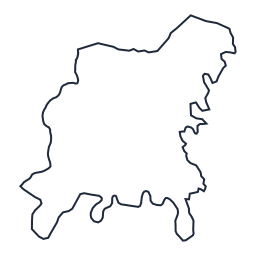 Paso de los Toros, Tacuarembó, Uruguay
{"feature_id": "84410073B41725704042311", "entity_name": "Paso de los Toros", "entity_type": "district", "adm_level": 2, "iso_a3": "URY", "parent_name": "Uruguay", "parent_adm1": "Tacuarembó", "projection": "albers", "projection_center": [-56.519, -32.72], "detail": "fine", "context": "isolated", "style": "outline", "palette": "slate", "viewbox_px": 256, "rotation_deg": 0, "n_neighbors": 0, "source": "geoboundaries", "source_scale": "gbopen_adm2", "svg_char_len": 3298}
<svg xmlns="http://www.w3.org/2000/svg" viewBox="0 0 256 256"><path d="M78.0,49.4L77.9,50.2L78.1,51.3L78.0,52.3L78.2,52.6L78.0,53.1L78.2,53.9L78.1,54.6L77.7,55.3L77.7,56.6L77.1,57.7L76.9,58.7L76.7,59.0L76.4,59.2L76.0,59.8L75.8,60.2L75.9,60.5L76.0,61.0L75.9,61.6L75.7,62.8L75.6,63.9L75.4,64.4L75.2,66.6L75.2,67.1L75.3,67.4L75.3,68.1L75.1,69.0L75.3,70.0L75.1,71.1L75.1,72.0L75.3,72.4L76.7,75.1L77.7,77.8L78.0,79.4L78.2,80.1L77.9,81.6L77.7,82.4L77.3,83.1L76.8,83.4L76.2,83.6L75.3,83.5L73.9,83.0L72.6,82.8L69.6,83.1L68.3,83.1L67.4,83.5L66.1,84.3L64.7,84.8L63.4,85.4L62.6,86.1L61.8,87.1L60.9,89.3L60.2,92.1L59.2,94.3L57.9,95.9L56.1,97.3L53.3,98.3L50.5,100.2L48.5,102.4L46.7,104.9L45.7,107.3L44.0,110.1L42.9,112.7L42.5,116.0L43.1,120.7L44.2,124.1L46.5,126.1L48.9,127.4L50.1,129.5L50.2,132.2L51.1,135.9L51.1,139.4L50.7,142.8L48.9,147.0L48.3,150.5L47.9,153.8L48.3,156.8L49.2,159.9L50.2,162.8L50.5,166.4L48.8,168.2L45.6,170.1L42.6,171.5L39.1,172.3L35.2,172.9L32.2,174.4L30.9,176.9L29.4,178.8L26.3,180.6L23.8,182.3L22.4,184.2L20.4,186.2L23.3,189.1L35.2,197.2L40.3,199.7L41.5,203.5L39.8,205.8L35.0,210.4L32.4,214.4L32.0,220.5L31.9,229.1L39.1,236.7L43.5,238.9L48.2,237.8L51.2,232.3L56.9,222.5L58.8,217.2L63.0,212.4L68.8,211.0L72.3,208.7L80.3,194.1L84.2,193.2L91.1,194.6L96.0,195.3L99.3,195.9L101.4,197.5L101.8,198.6L101.7,200.0L99.6,202.2L95.9,204.5L92.7,208.1L90.8,212.8L90.7,215.3L91.3,218.0L93.9,221.2L98.1,222.4L101.0,220.7L102.7,217.8L103.2,211.5L104.1,209.6L105.3,208.4L110.2,206.3L112.1,203.2L112.2,198.7L112.5,197.1L113.3,196.0L114.4,195.6L115.6,195.8L116.3,196.7L116.9,198.7L118.4,202.7L121.1,204.3L123.1,204.6L134.9,206.4L135.3,206.4L138.2,206.9L140.0,206.0L140.2,205.5L141.1,203.1L141.8,196.9L143.0,193.2L144.1,191.7L145.7,191.1L147.1,191.3L148.4,191.9L150.3,195.8L150.6,200.7L152.7,203.6L156.9,205.0L160.7,205.3L162.6,203.9L164.1,200.3L165.0,198.8L165.9,198.0L167.3,198.0L169.6,199.1L173.3,202.6L177.6,209.1L178.0,211.7L177.8,214.2L175.3,220.9L175.6,225.8L175.6,230.2L175.6,231.0L176.7,233.7L179.9,237.1L182.9,240.6L185.8,240.3L192.9,235.3L193.6,233.5L193.5,232.6L193.2,230.5L193.4,223.7L193.5,220.7L191.7,216.8L189.7,213.8L189.2,212.9L188.9,209.8L189.0,208.7L185.5,199.1L189.0,199.3L189.8,193.7L194.1,192.8L197.9,191.9L198.6,188.5L200.7,189.2L203.9,191.2L205.0,189.2L205.8,186.4L203.4,183.8L204.2,179.2L201.2,176.1L200.6,172.2L196.2,165.4L190.5,163.1L187.4,160.1L186.2,156.0L186.7,153.5L184.3,151.2L182.6,147.2L185.4,144.9L186.0,143.7L182.5,140.7L180.4,136.3L179.7,131.9L182.4,131.5L184.3,131.6L185.7,127.5L187.6,126.5L191.4,127.6L193.0,129.2L194.9,133.2L196.6,133.7L197.7,131.8L197.5,128.3L197.5,125.9L200.0,124.0L202.9,124.0L206.4,123.6L202.2,119.2L196.2,118.3L191.0,115.3L190.6,107.6L190.5,103.9L195.9,102.4L199.4,107.9L202.4,110.8L209.3,109.4L208.1,106.6L206.3,102.5L205.3,98.0L208.1,93.1L209.0,90.3L205.5,84.5L204.1,82.2L202.9,75.8L204.6,73.8L208.3,74.5L210.5,78.3L212.5,83.0L216.6,81.4L218.3,76.7L221.1,71.8L223.3,67.9L225.8,65.7L224.7,61.7L221.6,59.0L221.0,54.1L225.9,51.9L230.1,52.4L234.6,53.3L235.6,51.9L235.0,47.1L232.9,44.0L233.1,37.5L230.6,33.1L229.4,28.7L217.0,23.1L206.0,21.1L190.7,15.4L176.9,28.1L170.8,33.0L168.7,38.1L157.4,51.0L148.8,52.4L144.4,50.5L138.1,51.5L133.6,49.0L129.3,50.7L118.4,49.4L113.4,46.8L98.0,43.2L78.0,49.4Z" fill="none" stroke="#1e293b" stroke-width="2"/></svg>